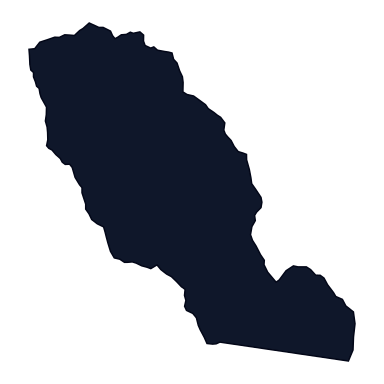 outline of Damianópolis, Goiás, Brazil
{"feature_id": "56859067B27804700645392", "entity_name": "Damianópolis", "entity_type": "district", "adm_level": 2, "iso_a3": "BRA", "parent_name": "Brazil", "parent_adm1": "Goiás", "projection": "equal_earth", "projection_center": [-46.199, -14.556], "detail": "fine", "context": "isolated", "style": "filled", "palette": "ink", "viewbox_px": 384, "rotation_deg": 0, "n_neighbors": 0, "source": "geoboundaries", "source_scale": "gbopen_adm2", "svg_char_len": 2003}
<svg xmlns="http://www.w3.org/2000/svg" viewBox="0 0 384 384"><path d="M353.0,350.0L353.5,337.0L355.0,323.7L353.4,311.9L345.8,305.9L342.4,299.4L335.8,296.5L333.5,292.6L327.6,284.8L324.0,278.1L320.2,275.3L315.7,275.2L310.6,269.6L306.4,266.9L298.1,266.9L293.4,265.9L286.1,270.7L279.2,280.0L276.1,282.2L267.7,272.2L264.0,264.7L264.3,260.3L260.5,254.7L256.1,246.1L252.5,240.4L250.5,234.7L251.9,226.6L255.3,220.6L254.6,215.4L256.6,212.1L261.0,207.6L261.9,202.2L261.0,197.4L255.5,189.1L251.7,183.7L250.9,177.8L249.3,169.4L246.6,159.8L246.5,154.4L243.1,153.1L238.2,151.6L234.2,146.5L231.1,140.5L227.6,136.8L225.3,134.0L223.8,130.1L224.8,122.9L220.6,117.3L217.3,115.2L214.2,112.7L208.2,108.6L205.5,104.7L193.6,96.0L187.0,94.5L182.9,91.9L183.1,82.5L182.4,76.7L179.6,70.8L177.0,63.0L173.6,59.3L172.0,53.0L168.6,52.1L164.6,51.5L157.5,50.2L153.8,46.9L150.7,48.1L145.1,45.5L143.5,41.1L143.6,35.1L139.9,31.9L133.3,33.3L130.3,32.2L126.4,34.4L121.3,34.8L117.8,37.2L115.0,38.7L112.5,35.6L110.5,31.1L103.1,27.4L98.8,27.4L89.2,23.0L83.0,28.5L79.7,30.5L74.4,35.5L69.8,35.1L64.7,34.8L59.3,37.4L54.7,37.2L47.2,39.8L39.8,42.2L34.7,48.7L29.0,49.3L29.5,56.0L29.9,64.5L30.8,70.0L33.5,72.5L33.5,76.9L35.4,81.7L36.6,86.2L39.1,88.4L40.0,93.7L41.2,97.6L46.5,107.1L46.3,114.7L45.4,121.0L47.1,127.0L47.6,132.5L47.8,139.8L46.6,145.7L48.8,148.3L52.0,150.0L55.9,154.6L60.3,158.5L62.3,162.2L65.2,164.4L69.6,164.2L72.2,167.4L75.1,177.4L79.6,184.8L82.0,187.6L82.0,192.8L85.7,204.1L85.7,209.1L89.0,213.8L91.7,219.5L97.3,223.8L103.6,226.9L105.1,232.1L106.4,237.3L107.9,242.9L110.5,251.4L114.3,257.9L119.8,259.2L124.4,262.3L127.5,262.3L132.3,261.9L136.2,263.1L141.7,265.8L147.0,267.2L150.8,268.6L157.0,264.9L160.9,269.6L164.2,272.2L166.7,274.1L171.4,276.6L176.6,281.6L181.4,286.7L185.1,289.4L184.5,295.4L185.9,300.4L184.6,306.3L186.5,310.4L192.8,313.4L196.4,317.8L198.3,325.4L200.2,329.7L204.3,337.4L207.0,343.5L212.7,344.1L216.2,343.8L219.9,342.1L348.4,361.0L351.1,354.5L353.0,350.0Z" fill="#0f172a" stroke="#020617" stroke-width="1.5"/></svg>